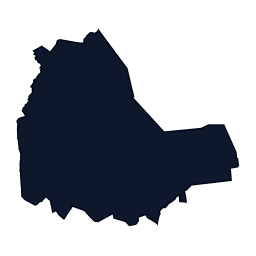 Veldhoven, Noord-Brabant, Netherlands, rotated 181°
{"feature_id": "6326949B72030349627304", "entity_name": "Veldhoven", "entity_type": "district", "adm_level": 2, "iso_a3": "NLD", "parent_name": "Netherlands", "parent_adm1": "Noord-Brabant", "projection": "albers", "projection_center": [5.404, 51.408], "detail": "fine", "context": "isolated", "style": "filled", "palette": "ink", "viewbox_px": 256, "rotation_deg": 181, "n_neighbors": 0, "source": "geoboundaries", "source_scale": "gbopen_adm2", "svg_char_len": 5504}
<svg xmlns="http://www.w3.org/2000/svg" viewBox="0 0 256 256"><g transform="rotate(181 128 128)"><path d="M159.2,225.4L159.4,224.9L159.6,224.6L160.0,223.9L160.3,223.6L160.8,223.3L161.6,222.7L162.6,222.1L163.1,221.9L163.3,221.8L163.6,221.8L163.8,221.9L164.4,222.2L165.2,222.5L165.6,222.6L166.2,222.6L166.8,222.5L167.2,222.4L167.5,222.2L168.0,221.9L169.7,220.2L170.3,219.6L170.5,219.5L170.8,219.1L170.9,218.9L171.5,217.7L171.9,217.3L171.9,217.2L173.0,216.3L173.3,216.0L173.5,215.5L173.5,215.0L173.5,212.8L173.6,212.5L173.7,212.3L174.1,211.8L175.3,212.0L175.5,211.9L177.4,211.9L181.8,212.5L185.7,213.1L197.5,215.0L200.0,214.0L200.3,213.2L200.9,210.5L207.1,202.2L210.3,204.6L211.4,205.1L212.6,206.1L213.0,206.4L214.1,206.9L215.9,208.1L216.5,207.5L223.6,203.5L223.3,203.3L223.1,203.0L222.8,202.4L222.4,202.1L222.2,201.9L221.9,201.4L221.9,201.2L222.0,201.1L222.9,200.5L223.0,200.4L223.1,200.2L222.9,200.1L222.4,199.9L221.9,199.5L221.8,199.4L221.5,199.5L221.1,199.4L220.9,199.2L220.5,198.8L220.4,198.7L220.5,198.4L221.8,196.8L222.0,196.5L221.9,196.4L221.7,196.4L221.4,196.5L221.0,196.8L220.8,197.3L220.6,197.4L220.4,197.3L220.2,197.0L220.2,196.9L220.4,196.4L221.0,195.8L221.4,195.3L221.5,195.0L221.5,194.9L221.4,194.8L221.2,194.7L220.4,195.0L220.0,195.0L219.9,195.0L219.3,194.6L219.0,194.3L218.8,194.0L219.5,193.7L219.5,193.4L219.0,192.5L218.6,191.9L218.4,191.8L218.1,192.1L217.7,192.1L217.4,191.9L217.1,191.5L216.7,190.8L216.4,190.5L215.8,190.0L215.5,189.7L215.4,189.4L215.3,188.5L215.4,188.3L215.5,188.2L216.4,187.7L216.5,187.6L216.7,187.3L216.8,187.0L216.8,186.7L216.8,186.4L216.7,186.1L216.2,185.9L215.0,186.0L214.8,185.9L214.8,185.7L215.1,185.3L215.2,185.2L215.8,184.6L216.3,184.3L216.4,184.1L216.4,183.9L216.3,183.7L215.6,182.9L215.5,182.6L215.9,181.9L216.5,180.9L216.7,180.6L216.9,180.6L217.4,180.6L217.6,180.5L217.8,180.2L218.1,179.5L218.2,179.4L218.5,179.3L218.6,179.1L218.8,178.6L219.1,178.0L219.8,177.5L219.9,177.4L220.0,177.2L219.9,176.9L219.0,176.8L218.9,176.7L219.1,176.3L222.1,174.9L222.6,174.6L222.9,174.2L223.0,173.2L222.9,172.4L222.8,171.9L223.0,171.6L223.1,171.4L223.7,170.9L223.8,170.5L223.9,170.3L224.0,169.8L224.2,169.6L224.6,169.3L225.0,168.8L225.7,167.6L225.7,167.4L225.3,167.3L224.9,167.5L224.4,167.5L224.2,167.5L224.0,167.2L224.0,166.9L224.0,166.6L224.2,166.2L224.3,165.8L224.1,165.3L223.9,165.0L223.8,164.8L224.0,164.5L224.3,164.1L224.3,163.9L224.2,163.4L223.9,162.3L223.9,162.1L225.7,159.7L226.6,159.0L227.0,158.6L227.2,158.1L227.5,157.0L227.5,156.9L227.4,156.8L226.6,156.7L226.4,156.5L226.3,156.4L226.3,156.2L226.7,155.8L227.0,155.7L227.6,155.5L227.8,155.3L228.1,155.0L228.3,154.7L228.2,154.5L227.4,154.6L227.2,154.5L227.2,154.4L227.2,154.0L227.2,153.6L227.3,153.1L227.6,152.7L228.6,151.5L229.1,150.4L229.6,149.7L230.1,149.6L230.5,149.8L230.9,149.6L231.0,149.4L230.9,148.6L230.9,148.4L231.1,148.1L231.2,147.6L232.5,146.5L232.9,146.0L233.2,145.7L232.7,144.9L232.7,144.7L232.8,144.6L233.4,144.2L233.8,143.9L233.9,143.7L233.5,143.0L233.4,143.0L233.0,142.3L232.8,142.1L231.3,139.6L230.0,137.8L234.4,136.5L235.1,136.3L236.6,135.7L237.2,135.3L237.3,135.2L237.8,134.7L238.2,134.2L238.8,133.4L238.9,133.0L239.0,132.6L238.9,132.2L238.7,131.8L238.4,131.7L238.2,131.1L238.1,130.2L238.1,128.8L238.3,127.0L238.3,125.3L238.3,124.7L238.3,124.1L238.1,120.2L238.1,119.9L238.0,119.4L238.0,118.9L238.0,118.7L237.9,118.4L237.7,116.7L237.8,116.6L238.1,116.4L238.1,115.9L237.9,115.8L237.8,115.7L237.7,115.6L237.1,112.2L236.5,107.1L236.3,105.7L236.3,105.3L236.3,105.1L236.2,104.9L236.1,104.4L235.9,104.0L235.3,102.6L235.1,102.1L234.6,99.8L234.2,99.8L234.1,98.5L234.7,98.4L234.7,98.0L234.8,97.7L234.6,95.4L234.6,94.9L234.7,94.3L234.9,93.3L235.0,91.8L235.1,91.0L235.1,89.1L234.9,86.4L234.8,84.8L234.9,84.4L235.0,84.4L235.0,83.6L235.1,82.7L234.9,82.6L234.7,82.5L234.6,82.4L234.3,77.5L234.0,74.2L234.0,73.2L233.6,68.7L233.2,66.0L233.1,64.9L233.0,62.8L233.0,61.2L232.9,59.1L232.8,58.0L232.7,57.8L232.5,57.5L230.4,55.4L229.6,54.7L227.4,53.4L226.8,53.2L223.5,51.5L223.4,51.6L221.3,50.3L221.2,50.4L219.6,49.5L218.5,49.7L218.1,49.9L214.3,53.7L213.4,53.0L209.0,58.2L204.3,54.2L201.7,42.6L200.4,43.2L198.4,44.5L196.3,41.3L195.8,40.5L195.2,39.9L194.3,39.1L193.1,38.1L192.8,37.8L191.0,36.5L190.4,36.1L187.0,41.9L186.7,42.2L186.1,42.9L186.2,43.0L183.9,46.3L183.0,47.9L182.4,49.1L171.0,45.2L170.4,44.9L170.0,44.7L169.5,44.2L169.2,44.2L168.8,44.1L168.6,43.9L168.4,43.6L168.4,43.1L166.6,41.2L163.1,37.5L160.1,34.7L159.6,34.4L159.0,34.2L158.7,34.2L158.0,34.2L157.2,34.4L156.7,34.7L156.3,34.0L141.3,42.5L140.4,37.8L128.7,34.6L127.9,33.7L124.9,30.6L118.6,32.0L118.2,32.3L117.9,32.7L116.3,35.1L116.2,36.2L116.5,39.0L110.1,41.4L109.9,41.5L107.4,41.3L107.5,39.6L107.4,39.5L107.2,39.2L104.1,37.2L104.0,37.4L97.5,33.3L97.3,33.1L97.1,32.8L96.9,34.4L96.4,37.3L95.3,41.8L95.2,42.0L94.7,42.3L94.8,43.7L95.1,44.8L95.0,45.1L94.9,45.5L94.7,45.8L94.2,46.7L93.7,47.3L93.4,47.6L92.1,48.8L91.8,49.0L91.1,49.2L90.5,49.1L89.8,49.2L89.4,49.3L89.2,49.5L88.6,50.2L87.3,51.7L85.9,53.4L84.3,54.6L84.2,54.7L83.8,54.6L83.7,54.7L81.5,56.5L80.5,57.2L80.3,57.4L79.8,57.9L79.1,59.4L78.6,60.3L77.1,61.0L76.9,61.1L76.3,61.6L75.3,60.9L74.9,55.5L69.7,55.2L69.3,55.1L68.7,54.9L69.2,59.7L70.7,66.3L68.0,67.6L63.8,72.2L24.0,77.6L25.2,89.7L17.6,91.3L17.9,91.9L17.0,92.7L17.2,92.9L17.9,99.1L18.9,99.2L19.7,105.6L32.3,132.6L47.7,132.3L54.6,128.8L65.2,127.5L92.0,124.5L109.7,143.2L122.5,156.7L124.3,158.6L122.9,159.4L125.4,168.8L129.7,185.8L130.1,187.4L136.3,195.4L158.6,224.4L158.8,224.8L159.2,225.4Z" fill="#0f172a" stroke="#020617" stroke-width="1.5"/></g></svg>